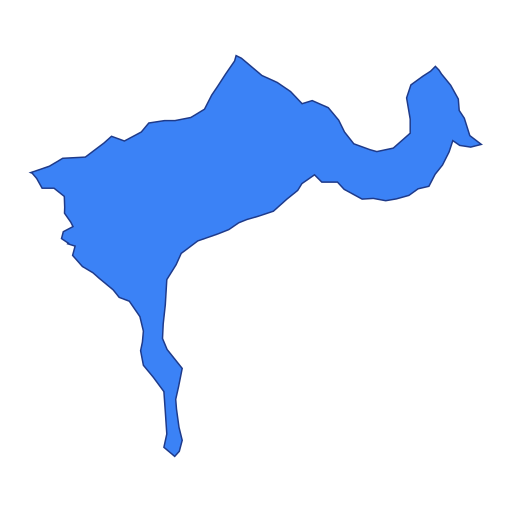 the district of Armou, Paphos, Cyprus
{"feature_id": "46923920B18144204603704", "entity_name": "Armou", "entity_type": "district", "adm_level": 2, "iso_a3": "CYP", "parent_name": "Cyprus", "parent_adm1": "Paphos", "projection": "equal_earth", "projection_center": [32.488, 34.792], "detail": "fine", "context": "isolated", "style": "filled", "palette": "blue", "viewbox_px": 512, "rotation_deg": 0, "n_neighbors": 0, "source": "geoboundaries", "source_scale": "gbopen_adm2", "svg_char_len": 1543}
<svg xmlns="http://www.w3.org/2000/svg" viewBox="0 0 512 512"><path d="M67.8,243.8L75.1,246.1L72.6,255.4L82.4,266.5L93.0,272.8L99.2,278.3L113.2,289.9L119.2,297.4L129.3,301.2L139.9,316.6L143.4,331.1L142.4,342.1L140.6,350.7L143.4,365.3L153.1,377.0L163.9,391.6L165.3,411.6L166.8,434.0L163.9,447.3L174.7,456.4L179.3,451.3L182.2,440.3L179.0,427.3L176.5,409.2L175.7,399.4L178.6,386.5L182.2,368.4L167.1,349.5L162.5,338.5L163.2,324.0L165.3,304.8L166.8,279.6L176.1,264.7L181.2,253.4L197.8,240.9L218.2,233.8L228.8,229.6L238.7,222.8L246.9,219.5L258.4,216.2L273.4,211.2L286.9,199.1L297.7,190.4L301.9,183.6L314.5,174.8L321.8,182.1L337.5,182.1L344.1,189.3L362.1,199.1L373.3,198.4L385.7,200.7L388.1,200.3L396.3,198.9L408.9,195.4L418.1,188.8L428.9,186.3L435.1,174.3L442.5,165.0L449.1,151.9L452.8,140.6L459.7,145.4L470.7,147.1L481.3,144.4L469.8,135.6L464.3,118.2L459.2,110.5L458.3,99.0L450.7,85.3L441.4,73.9L438.9,70.0L435.4,66.4L430.6,71.2L422.7,76.3L410.9,84.9L406.6,97.9L410.2,119.1L410.2,133.2L393.3,148.1L376.8,151.6L370.0,149.7L353.8,143.8L344.5,132.0L338.7,120.2L328.3,107.7L312.2,100.6L302.1,103.7L290.6,91.6L277.3,82.5L261.9,75.5L241.4,58.2L236.1,55.6L234.6,61.0L225.7,73.9L217.8,86.1L211.7,95.1L204.5,109.2L190.8,117.5L175.0,120.6L164.6,120.6L148.8,123.0L141.3,132.0L124.4,141.0L111.5,136.3L104.0,143.0L85.3,157.1L62.7,158.3L49.4,166.2L30.7,172.6L32.2,173.2L36.7,178.5L42.1,188.2L54.0,188.2L64.3,196.4L64.7,207.4L64.5,213.2L70.8,222.2L73.0,226.6L63.3,231.7L61.5,238.6L68.4,243.2L67.8,243.8Z" fill="#3b82f6" stroke="#1e3a8a" stroke-width="1.5"/></svg>